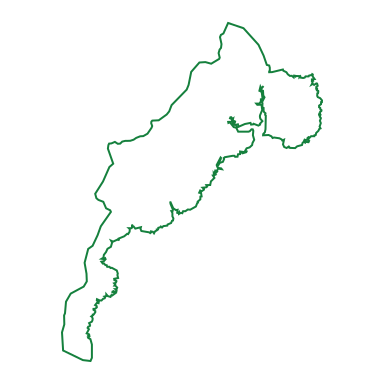 Rull, Federated States of Micronesia (Albers equal-area conic projection)
{"feature_id": "79324940B71932148328417", "entity_name": "Rull", "entity_type": "district", "adm_level": 2, "iso_a3": "FSM", "parent_name": "Federated States of Micronesia", "parent_adm1": "", "projection": "albers", "projection_center": [138.096, 9.488], "detail": "fine", "context": "isolated", "style": "outline", "palette": "green", "viewbox_px": 384, "rotation_deg": 0, "n_neighbors": 0, "source": "geoboundaries", "source_scale": "gbopen_adm2", "svg_char_len": 5976}
<svg xmlns="http://www.w3.org/2000/svg" viewBox="0 0 384 384"><path d="M90.5,361.0L91.9,357.8L91.9,344.5L90.4,339.1L88.3,338.0L87.9,337.1L89.2,336.5L88.4,335.6L89.3,335.1L89.0,334.3L86.7,333.4L88.9,329.2L87.6,327.9L88.2,326.7L89.7,326.2L90.1,325.1L89.1,323.1L91.8,321.7L92.4,320.5L92.7,318.7L92.1,317.0L91.3,316.4L92.9,315.3L92.8,314.6L93.8,314.4L95.3,312.2L95.3,311.1L93.5,309.8L93.5,308.9L95.1,308.8L96.8,307.4L96.7,306.1L95.1,305.1L96.8,303.0L98.5,303.2L98.5,302.5L97.4,302.4L97.6,301.7L99.7,301.9L97.6,301.2L96.8,300.3L97.0,299.2L99.6,300.4L101.5,300.5L103.1,298.8L104.7,298.3L105.2,297.1L104.5,296.5L107.2,295.8L106.3,295.1L106.3,294.3L107.8,296.1L110.5,296.9L111.3,295.3L110.7,294.7L112.2,295.5L115.9,292.8L115.3,291.9L112.4,292.3L112.5,291.6L113.6,291.1L114.1,291.7L116.4,291.5L116.6,290.3L115.3,289.1L116.6,289.1L117.2,287.6L115.3,285.6L114.5,285.6L115.2,284.6L114.1,283.3L115.6,282.9L116.4,281.6L116.3,280.8L114.4,280.2L114.2,278.8L118.1,278.0L117.4,275.0L117.8,273.6L116.8,270.5L111.8,267.8L110.5,268.0L109.5,266.8L107.2,266.8L106.7,265.2L105.4,265.1L104.0,263.5L102.8,263.6L101.4,261.7L103.8,261.2L105.6,259.2L105.1,258.1L103.2,259.0L101.6,258.8L103.4,257.7L103.9,254.8L106.0,252.1L107.5,248.8L110.9,246.8L112.1,242.6L111.1,240.7L113.1,241.6L118.1,239.3L118.4,239.9L118.9,239.7L118.6,238.6L124.2,236.3L127.2,233.8L128.1,234.1L129.6,231.7L129.8,229.0L128.9,228.2L131.5,228.2L132.0,227.6L132.0,224.6L133.0,226.6L133.6,226.5L135.3,228.6L140.9,227.2L140.5,228.9L141.4,231.0L149.5,232.4L150.2,233.1L151.1,232.4L151.1,231.4L152.9,231.8L154.0,233.3L155.0,231.4L156.9,230.3L156.8,229.5L158.1,229.4L158.3,227.8L160.0,227.4L160.8,226.5L162.0,227.5L163.4,226.1L167.3,225.6L167.6,224.5L171.1,223.0L172.0,220.8L173.0,220.5L173.4,218.4L172.4,216.3L172.4,212.9L171.4,211.1L172.6,211.0L172.9,209.7L170.5,203.8L170.2,201.5L173.2,208.2L175.9,210.1L177.6,209.8L177.2,212.8L178.2,213.1L179.0,212.3L179.0,213.9L180.9,212.8L182.3,213.2L183.1,211.2L185.4,211.2L187.8,209.5L190.2,209.7L195.9,206.5L197.2,203.1L198.0,202.6L197.7,201.6L200.3,199.4L200.4,196.6L201.6,196.4L201.1,193.2L199.2,192.7L200.2,190.5L201.5,191.3L203.9,189.7L204.0,189.0L202.6,187.7L206.2,187.3L207.1,186.6L206.3,185.1L210.2,185.0L210.9,181.4L214.4,177.9L212.9,175.5L213.9,175.4L213.8,173.6L214.7,175.0L215.5,174.6L214.8,174.0L214.6,172.4L215.3,170.6L216.2,171.2L215.7,171.6L216.1,172.7L217.3,171.4L217.0,170.4L218.2,168.6L221.8,169.2L221.2,168.4L218.1,167.9L217.4,167.0L217.8,165.9L216.9,165.8L216.7,165.0L220.6,157.5L221.0,157.9L220.5,159.7L218.0,163.7L218.1,165.5L219.7,162.9L222.9,161.8L224.1,159.0L223.7,158.1L224.8,157.2L232.7,155.8L234.5,155.8L235.1,156.8L237.5,156.7L238.0,154.3L240.1,154.1L240.1,151.5L243.1,151.9L241.6,152.5L242.6,153.3L246.2,152.2L246.6,151.4L245.1,150.9L246.6,148.3L249.6,147.4L252.1,145.1L252.5,143.0L254.2,139.8L252.9,135.2L253.3,130.8L252.7,129.3L251.5,129.3L249.8,131.2L248.4,131.7L238.2,131.7L236.3,127.9L237.1,127.4L236.6,126.8L235.7,127.6L233.7,127.1L230.3,122.8L229.5,122.4L228.4,122.9L228.2,121.9L231.4,121.8L232.2,120.9L231.6,119.0L230.0,118.3L230.4,117.3L231.2,117.2L232.3,118.4L232.2,119.3L233.1,118.6L232.7,120.4L235.1,121.5L234.8,122.7L233.1,122.4L232.9,123.7L235.0,125.1L237.9,124.3L238.7,126.7L244.9,124.0L250.5,122.9L251.1,124.6L253.3,124.3L253.6,123.8L258.4,125.6L260.1,124.6L259.9,123.8L262.4,121.1L260.3,118.7L259.9,116.8L260.0,115.4L262.2,110.0L261.6,105.4L261.2,104.7L257.3,104.8L256.3,103.6L259.4,103.6L260.9,101.4L260.9,99.3L262.6,99.1L261.8,92.7L261.2,91.6L259.4,90.8L260.4,86.8L260.7,87.5L261.7,87.8L263.5,86.1L260.6,89.6L263.0,90.8L263.3,95.5L264.5,97.3L262.0,102.2L262.5,103.2L262.3,107.2L263.6,107.9L263.6,110.7L264.1,112.1L265.5,113.3L265.1,114.8L265.8,115.6L265.5,129.2L264.9,132.2L263.2,134.1L263.1,135.3L268.6,135.0L271.4,136.3L272.6,138.0L274.0,137.5L279.5,138.3L281.7,139.5L282.3,140.5L284.0,139.7L283.0,144.4L284.2,147.0L286.6,148.0L288.8,146.5L289.4,147.2L289.0,147.5L290.0,147.9L295.1,148.1L297.2,146.3L302.0,145.0L302.6,142.8L303.7,141.9L304.3,142.2L303.9,141.2L304.6,139.7L305.7,140.3L305.1,140.6L305.9,141.9L308.5,142.2L309.1,140.9L308.3,140.4L308.5,139.3L307.2,139.2L308.0,138.7L307.7,137.8L308.7,137.1L309.6,137.7L311.1,136.2L314.3,136.2L314.4,135.3L315.7,135.0L316.2,132.9L318.4,130.8L319.3,128.9L320.5,128.4L319.6,126.6L320.8,123.1L319.9,120.8L320.9,118.1L319.9,116.9L320.3,115.2L319.3,115.4L319.0,114.7L319.3,113.6L320.0,113.7L320.2,111.6L321.3,111.1L321.5,110.2L320.3,109.1L320.2,107.9L319.1,107.3L319.1,105.6L321.0,104.2L321.1,102.1L321.9,102.1L322.0,100.4L320.2,98.2L317.8,97.1L317.2,95.9L317.3,93.4L318.0,93.2L318.3,91.8L318.2,90.9L317.0,90.5L316.6,89.7L317.1,89.5L317.1,88.5L316.2,88.2L316.3,86.8L317.7,85.8L317.1,83.6L316.3,83.4L314.1,84.9L312.8,83.9L311.6,84.6L312.5,82.8L312.2,81.3L313.1,80.9L312.9,80.4L311.9,80.8L311.9,79.4L314.6,79.1L312.6,76.3L312.8,74.5L312.2,74.1L311.8,74.9L309.0,75.6L308.6,76.4L305.5,76.4L304.7,77.6L303.1,78.0L300.6,77.6L300.3,76.4L299.5,77.1L299.6,76.1L296.2,76.0L295.7,76.5L295.2,75.8L294.1,75.6L293.7,77.4L291.8,75.8L289.9,75.9L287.8,74.3L286.4,72.2L283.3,70.7L282.9,69.5L272.1,72.1L269.2,72.2L269.2,71.4L269.8,71.2L269.8,67.7L269.2,65.5L266.8,64.9L263.6,55.6L258.5,44.8L243.5,28.2L228.1,23.0L223.4,33.5L220.9,34.9L220.0,37.1L221.5,44.1L221.0,47.9L219.6,49.6L218.6,53.1L219.7,57.6L219.2,58.9L211.2,63.7L205.4,62.1L199.4,62.5L191.2,71.9L188.6,84.9L186.7,89.6L171.6,105.1L169.2,111.4L166.7,114.5L158.7,120.3L152.3,120.6L151.4,121.6L151.2,123.2L152.2,126.0L151.6,127.7L147.5,133.7L143.3,136.1L140.2,136.3L136.2,137.9L133.6,139.7L130.2,140.8L125.1,140.9L122.2,141.6L120.2,143.6L117.8,143.8L114.9,141.9L111.4,143.4L109.1,143.6L108.4,145.1L107.9,148.6L113.2,163.7L109.4,167.0L103.0,181.5L95.2,193.8L96.4,198.2L98.4,199.9L103.3,201.8L106.1,208.3L110.2,210.3L110.9,211.9L100.8,226.3L97.6,235.2L92.6,245.8L88.2,248.9L84.6,262.8L86.5,273.7L86.8,281.4L83.7,286.6L70.7,293.6L66.0,301.7L65.0,313.3L64.1,315.4L64.3,324.4L62.0,332.4L63.1,350.5L82.9,360.1L90.5,361.0Z" fill="none" stroke="#15803d" stroke-width="2"/></svg>